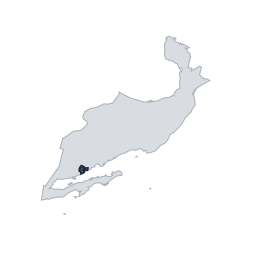 Guaymas, Sonora, Mexico shown in context, rotated 284°
{"feature_id": "50627088B1209754794586", "entity_name": "Guaymas", "entity_type": "district", "adm_level": 2, "iso_a3": "MEX", "parent_name": "Mexico", "parent_adm1": "Sonora", "projection": "natural_earth1", "projection_center": [-110.918, 28.074], "detail": "fine", "context": "in_parent", "style": "filled", "palette": "slate", "viewbox_px": 256, "rotation_deg": 284, "n_neighbors": 0, "source": "geoboundaries", "source_scale": "gbopen_adm2", "svg_char_len": 5378}
<svg xmlns="http://www.w3.org/2000/svg" viewBox="0 0 256 256"><g transform="rotate(284 128 128)"><path d="M37.1,61.4L51.8,60.1L51.1,61.6L74.2,70.5L91.6,70.4L91.6,67.1L102.3,67.1L104.2,69.5L111.8,76.0L113.7,81.5L115.1,83.6L122.3,87.9L124.5,86.3L126.1,82.3L128.2,81.4L133.3,82.1L137.7,86.5L140.7,92.9L145.7,98.8L146.1,102.4L148.4,107.0L159.3,111.3L160.7,110.6L157.8,122.4L157.0,136.5L157.6,139.5L160.5,143.5L160.0,145.7L160.1,143.5L157.7,140.1L158.5,143.2L161.5,149.9L166.2,156.2L167.4,160.1L170.7,164.1L169.8,164.0L171.7,165.0L171.1,164.4L174.5,164.9L176.9,166.3L179.1,168.9L184.8,166.9L189.0,166.7L191.8,165.1L194.8,164.8L195.4,165.4L195.2,166.2L197.6,166.8L199.2,165.5L198.7,163.4L197.9,163.9L198.1,163.5L202.4,160.1L202.6,157.2L203.8,155.6L203.7,151.1L204.4,147.7L207.7,145.7L213.6,144.7L216.1,143.5L219.0,143.2L223.8,144.4L224.2,143.7L222.9,143.6L224.5,143.1L226.5,144.6L226.9,146.6L226.1,149.3L223.1,153.5L223.1,156.3L221.6,157.9L221.9,158.6L223.3,158.3L221.9,160.1L221.9,160.8L222.9,160.5L221.2,167.5L220.7,168.1L219.7,166.5L219.4,163.9L218.1,166.6L216.6,166.8L215.0,170.4L212.9,170.4L212.7,171.5L201.2,171.5L201.3,175.7L198.6,175.7L205.1,182.2L205.0,184.5L196.8,184.6L194.0,190.5L194.8,192.0L193.9,195.9L187.8,189.2L182.9,184.7L180.0,183.0L179.7,183.4L182.4,184.9L178.2,183.6L178.5,182.5L177.4,182.9L176.6,182.0L175.9,183.0L177.3,183.5L175.2,183.8L173.1,185.3L166.5,187.7L162.2,185.8L158.6,185.3L156.1,183.5L153.7,182.8L152.1,181.1L146.2,179.7L138.8,176.1L134.0,172.8L132.0,170.5L127.0,169.7L122.3,167.7L119.3,164.0L112.8,160.4L109.3,155.4L108.1,152.3L110.6,150.9L110.2,149.6L109.0,149.2L110.7,146.9L110.9,144.1L109.5,143.1L108.1,140.4L108.1,137.8L107.2,135.6L103.3,131.3L99.9,126.2L94.7,121.8L96.2,122.6L96.3,121.7L93.5,120.7L91.4,117.2L92.9,117.3L88.8,115.0L88.3,113.8L86.8,114.2L86.5,113.7L87.6,112.3L85.7,113.4L84.5,112.4L84.3,110.1L85.7,108.1L86.2,108.5L85.2,106.4L83.9,105.0L82.2,105.1L81.0,102.3L79.0,101.6L77.7,100.4L76.9,98.0L77.4,96.4L73.7,95.6L67.3,87.7L67.0,85.9L66.0,85.3L61.9,75.5L61.5,72.5L62.0,71.6L58.4,70.3L57.6,68.7L56.5,68.2L55.2,69.1L50.4,66.2L51.3,68.1L50.7,71.7L51.8,74.7L52.7,80.2L57.5,85.1L59.1,88.4L59.8,88.3L60.2,89.3L60.9,89.4L61.6,91.5L62.9,92.2L63.8,96.7L66.3,98.9L67.1,101.5L68.3,102.3L69.1,105.3L70.1,106.0L69.6,103.8L71.0,105.1L72.7,111.9L74.3,113.9L76.4,118.8L76.1,120.9L76.6,122.8L78.4,124.6L79.1,122.7L84.4,129.2L83.9,131.6L81.9,133.4L80.7,133.6L78.5,128.3L70.2,121.2L69.5,121.3L67.8,119.0L67.5,117.5L67.9,114.2L67.2,111.0L65.9,108.7L61.9,106.0L61.1,103.3L60.4,104.4L58.4,104.9L56.9,103.1L53.1,101.2L52.6,99.6L49.8,97.4L49.5,96.6L52.4,97.0L54.1,96.3L54.0,97.1L55.5,97.8L54.9,96.0L54.3,95.9L55.7,92.2L50.2,85.3L45.7,82.2L44.9,80.7L44.9,78.1L43.8,77.3L43.4,74.4L42.0,73.1L41.8,71.4L39.8,68.7L39.5,67.4L40.1,66.5L38.8,65.4L37.1,61.4ZM67.1,87.8L66.6,89.6L65.1,89.0L65.7,86.4L66.6,86.1L67.1,87.8ZM61.2,87.5L59.1,85.6L58.6,83.6L59.6,84.2L59.9,85.3L60.9,85.6L61.2,87.5ZM226.1,153.0L225.6,152.4L225.8,151.6L227.2,150.9L226.1,153.0ZM67.9,121.2L66.4,119.4L67.3,115.7L67.0,119.0L67.9,121.2ZM48.7,94.9L47.6,94.6L48.3,92.6L48.8,94.1L48.7,94.9ZM29.8,88.3L28.8,87.0L29.1,86.5L29.4,86.5L29.8,88.3ZM69.1,121.3L70.0,122.7L68.2,121.3L69.1,121.3ZM102.8,143.2L102.6,143.8L102.1,143.6L101.9,142.5L102.8,143.2ZM77.0,117.5L77.4,118.6L76.4,117.2L77.0,117.5ZM73.4,110.0L73.9,110.5L73.1,111.6L73.4,110.0ZM75.0,164.6L74.6,164.8L74.1,164.3L74.5,163.7L75.0,164.6ZM196.8,164.8L195.8,165.1L197.5,164.5L196.8,164.8ZM82.0,123.9L81.5,123.8L81.4,122.7L82.0,123.9Z" fill="#d9dde1" stroke="#a8b0b8" stroke-width="1"/><path d="M79.9,94.4L79.9,93.9L79.8,94.0L79.7,93.9L79.9,93.8L79.8,93.5L80.1,93.4L80.1,93.0L80.0,92.7L80.3,92.4L80.3,92.2L80.3,91.9L80.2,91.9L80.2,91.7L80.1,91.1L80.1,91.3L79.7,91.3L79.3,91.2L78.8,91.2L78.5,91.0L78.4,91.3L78.3,91.2L78.2,91.2L78.2,91.3L78.2,91.5L78.1,91.2L77.9,91.5L77.8,91.4L77.8,91.5L77.5,91.5L77.4,91.7L77.3,91.8L77.1,92.0L77.0,91.8L76.7,91.7L76.7,91.3L76.4,91.4L76.4,91.2L76.3,91.3L76.2,91.4L75.9,91.3L75.8,91.2L75.7,91.0L75.6,90.8L75.4,90.7L74.8,90.9L74.9,91.3L74.7,91.4L74.7,91.5L74.6,91.4L74.5,91.8L74.2,91.7L74.2,92.0L74.2,92.5L73.9,92.5L73.7,92.7L73.5,92.8L73.6,93.1L73.4,93.1L72.9,93.0L72.7,93.1L72.5,93.3L72.7,93.7L72.3,93.5L72.1,93.5L72.3,93.7L72.3,93.8L72.4,94.0L72.5,94.2L72.6,94.3L72.7,94.5L72.8,94.7L72.7,94.7L72.8,94.7L72.8,94.8L72.9,95.0L73.0,95.0L73.0,94.9L73.0,95.0L73.3,95.2L73.4,95.4L73.5,95.4L73.6,95.5L73.8,95.6L73.9,95.8L74.0,95.8L74.2,95.7L74.4,95.6L74.5,95.7L74.6,95.8L74.8,95.9L74.8,96.0L74.7,96.1L74.8,96.2L74.8,96.3L75.0,96.3L74.9,96.3L75.0,96.4L75.1,96.5L75.3,96.5L75.3,96.4L75.2,96.4L75.3,96.4L75.3,96.2L75.3,96.3L75.3,96.2L75.2,96.2L75.2,95.9L75.2,96.0L75.2,95.9L75.2,96.0L75.2,95.9L75.3,95.9L75.3,96.0L75.3,95.9L75.3,96.0L75.3,95.9L75.5,95.7L75.4,95.7L75.5,95.6L75.7,95.4L75.9,95.1L76.0,95.1L75.9,95.0L75.9,94.8L76.1,94.7L76.1,94.4L76.2,94.2L76.3,94.2L76.3,94.3L76.6,94.3L76.8,94.3L76.8,94.5L77.5,95.0L77.4,95.0L77.5,95.2L77.0,96.2L77.1,96.3L77.3,96.4L77.4,96.5L77.5,96.6L77.4,96.6L77.2,96.6L77.0,96.8L77.0,96.7L77.0,96.8L76.9,96.8L76.9,97.0L76.9,97.4L76.9,97.5L77.0,97.6L76.9,97.9L76.9,98.0L76.9,97.9L76.8,98.1L76.8,98.4L77.0,98.8L77.0,99.0L79.6,99.0L79.6,98.7L79.3,97.2L78.9,96.1L78.9,95.1L78.7,94.0L78.8,93.7L79.9,94.4ZM75.5,96.1L75.4,96.2L75.5,96.2L75.5,96.1ZM73.7,95.7L73.8,95.7L73.7,95.7L73.7,95.7ZM74.3,95.8L74.3,95.7L74.3,95.8L74.3,95.8Z" fill="#64748b" stroke="#1e293b" stroke-width="1.5"/></g></svg>